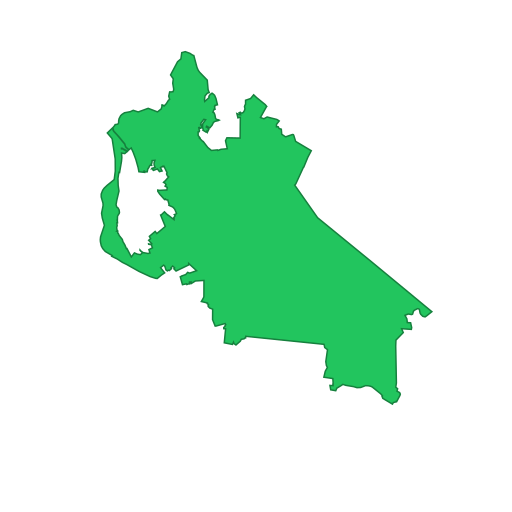 Tīnūžu pag., Ikskiles, Latvia (Mercator projection), rotated 49°
{"feature_id": "27541924B46293961253213", "entity_name": "Tīnūžu pag.", "entity_type": "district", "adm_level": 2, "iso_a3": "LVA", "parent_name": "Latvia", "parent_adm1": "Ikskiles", "projection": "mercator", "projection_center": [24.551, 56.857], "detail": "fine", "context": "isolated", "style": "filled", "palette": "green", "viewbox_px": 512, "rotation_deg": 49, "n_neighbors": 0, "source": "geoboundaries", "source_scale": "gbopen_adm2", "svg_char_len": 6072}
<svg xmlns="http://www.w3.org/2000/svg" viewBox="0 0 512 512"><g transform="rotate(49 256 256)"><path d="M446.7,253.7L457.3,250.2L456.7,248.5L457.9,246.1L457.7,245.6L458.2,245.4L455.7,238.9L454.9,237.7L453.3,237.2L450.5,238.3L449.1,236.2L446.7,236.6L444.0,233.4L415.7,209.7L411.3,205.6L410.4,195.1L406.4,193.8L413.3,186.9L412.2,185.5L407.8,183.1L405.5,185.5L402.5,183.4L398.5,182.5L399.0,181.2L398.9,181.2L399.1,180.5L399.8,179.0L402.2,177.1L402.5,176.5L402.6,175.9L401.2,173.8L400.8,172.4L401.5,169.3L401.9,168.4L402.8,167.8L403.6,167.8L406.7,169.6L408.1,169.9L410.9,169.7L412.0,169.0L412.9,168.3L413.1,166.6L413.4,159.8L336.3,172.6L267.5,184.4L227.9,180.3L227.7,178.7L220.2,162.1L220.3,161.7L215.5,152.1L212.8,145.2L195.5,150.9L189.6,148.3L188.9,148.2L188.2,148.8L185.6,155.2L185.2,155.6L181.0,156.7L176.9,153.7L175.0,154.9L173.0,154.5L171.9,155.8L170.1,154.1L169.3,149.9L168.1,150.2L166.6,150.7L158.4,156.4L157.6,160.0L154.4,161.8L150.2,150.2L150.2,149.8L147.8,149.7L136.9,151.6L132.8,152.0L133.6,156.8L131.6,161.7L134.7,164.4L134.8,165.1L135.7,166.7L137.7,167.8L138.7,169.4L139.3,171.3L139.0,172.8L138.4,173.4L137.2,173.5L136.8,174.7L139.3,175.0L139.0,175.5L136.0,177.0L139.9,179.0L140.5,177.6L141.1,176.9L156.6,190.6L147.7,200.4L149.0,203.4L156.2,207.3L152.4,212.6L151.7,214.8L151.1,215.2L151.2,215.5L150.6,215.5L147.1,220.4L142.4,221.2L134.9,220.7L134.7,221.0L130.0,221.3L130.1,220.8L127.1,220.6L124.4,218.3L124.9,217.5L124.5,216.6L121.5,215.0L121.5,214.8L121.8,214.4L123.1,214.3L123.4,213.8L123.2,213.3L123.6,212.4L122.3,211.8L120.8,211.8L120.6,211.7L120.6,211.1L119.6,210.5L118.6,205.7L120.1,204.6L121.4,209.8L124.0,212.0L126.2,213.1L126.3,213.5L129.8,212.4L129.4,211.0L130.7,211.5L129.5,208.5L127.3,208.4L126.0,208.9L125.7,208.0L129.0,206.9L128.5,203.4L127.4,200.8L127.3,199.7L127.5,198.6L129.0,195.8L129.3,194.7L128.4,195.1L127.2,196.1L125.7,196.3L122.7,194.5L120.6,193.7L119.2,194.2L117.7,191.2L118.3,190.6L116.0,189.2L116.1,188.9L115.4,188.2L116.6,185.9L110.9,182.9L107.5,181.8L104.5,182.2L104.1,182.8L104.2,185.8L104.8,187.0L105.7,187.6L105.7,193.3L104.3,192.4L101.7,189.4L101.2,185.9L102.0,184.1L99.0,183.0L91.3,177.4L80.2,178.0L77.7,177.7L74.9,176.8L63.9,171.4L63.0,172.0L59.7,172.9L55.4,175.3L53.8,178.6L58.0,183.4L57.9,187.7L63.3,201.7L68.0,202.2L71.0,205.5L76.2,208.7L77.6,210.7L76.6,212.3L75.5,213.5L78.1,217.0L81.1,218.4L81.0,219.9L82.2,223.7L82.5,227.0L80.8,227.3L80.3,228.0L81.3,228.7L82.8,231.0L82.6,235.8L73.8,240.5L70.0,250.4L65.5,253.1L64.6,256.2L61.6,261.3L61.2,264.4L61.3,266.1L62.5,269.2L63.7,270.8L65.5,272.5L65.8,273.9L64.4,276.1L64.8,277.1L65.3,279.8L68.2,281.4L75.7,281.2L85.3,281.5L87.5,282.5L89.0,282.7L92.5,282.1L92.6,279.3L97.3,280.7L104.2,283.3L112.0,287.0L115.6,289.1L119.6,285.4L118.4,285.0L118.5,284.6L118.8,284.4L119.6,284.8L121.1,282.9L119.4,280.6L118.9,278.7L118.2,277.3L118.1,276.3L119.7,274.7L118.2,275.9L118.1,275.1L117.7,274.5L117.8,274.4L117.4,273.7L117.5,273.5L115.8,271.8L117.5,269.5L118.8,271.8L120.5,273.2L123.0,274.1L121.5,277.0L121.7,277.6L122.3,276.7L123.3,277.3L124.1,277.3L125.6,273.3L129.0,273.5L130.2,271.1L126.6,270.1L127.1,267.4L127.7,267.6L127.9,266.6L134.9,268.5L135.4,269.7L137.4,270.3L139.0,270.0L139.7,275.2L139.7,276.9L140.1,277.0L140.0,277.4L141.6,276.9L143.2,277.1L143.6,278.8L146.0,278.0L147.7,279.9L143.2,285.7L141.8,286.9L142.8,287.7L146.0,288.1L153.4,288.0L153.6,286.9L154.6,287.0L155.8,285.8L159.9,287.7L160.6,288.5L164.2,286.8L165.7,286.6L167.6,286.7L171.8,288.1L171.8,288.8L171.2,290.5L172.6,290.6L173.1,292.9L173.7,292.9L174.8,294.0L167.0,295.6L167.0,295.8L162.6,296.1L162.8,300.2L162.5,301.1L174.2,305.1L174.0,316.1L171.3,316.0L171.2,323.6L173.8,324.2L173.7,326.7L178.4,326.6L178.7,327.5L176.4,329.1L176.7,329.3L178.9,327.6L181.9,328.8L180.9,332.6L184.2,334.1L183.2,335.9L179.3,339.0L176.8,339.6L175.4,339.6L175.6,339.8L176.8,339.8L179.3,339.3L179.0,340.0L179.2,342.3L176.8,344.3L173.9,345.7L174.9,350.7L165.7,348.5L165.5,349.0L161.6,347.7L157.3,346.9L156.9,346.5L155.7,346.0L150.8,345.8L148.9,345.2L148.0,345.3L146.5,344.0L145.9,344.8L145.6,343.9L144.7,343.6L142.7,342.1L142.2,341.0L139.7,339.3L140.1,338.7L138.1,337.3L137.8,337.3L137.9,337.0L135.3,334.6L134.9,333.9L134.1,331.3L133.5,330.4L131.2,329.0L129.0,328.6L127.8,329.0L125.5,328.0L122.7,324.6L117.1,316.8L112.3,313.7L106.8,309.2L102.9,304.6L103.5,304.2L96.3,295.4L93.7,292.7L90.1,289.9L92.6,287.9L92.6,284.8L87.2,286.6L86.9,287.2L86.4,286.9L86.7,286.4L91.5,284.6L92.7,284.5L92.4,282.4L88.5,282.9L85.3,281.7L73.5,281.4L68.4,281.6L67.3,281.3L65.2,280.0L65.6,287.5L72.9,287.6L73.7,288.0L90.4,298.6L99.6,306.5L105.3,312.9L105.0,321.9L105.2,326.1L105.8,328.6L107.7,332.2L109.9,334.1L115.7,336.8L117.6,338.3L122.4,344.5L126.5,347.1L133.4,350.3L139.6,360.8L141.5,362.8L143.2,364.1L146.8,366.1L149.9,366.8L153.7,366.8L161.4,364.2L161.6,365.1L167.2,362.7L173.2,361.0L177.7,359.1L190.9,354.4L202.1,349.4L207.0,346.4L208.2,345.3L208.3,340.0L208.8,336.0L202.2,335.7L202.3,331.7L203.8,331.5L207.5,333.1L209.1,332.7L209.1,331.5L210.1,331.0L210.1,328.1L209.2,328.0L208.9,325.5L211.6,325.2L211.8,326.4L214.9,326.2L218.6,312.6L217.5,311.7L228.1,310.5L225.4,317.3L223.5,318.3L223.9,321.2L222.3,325.2L222.5,325.3L222.0,326.8L229.4,330.3L231.4,326.7L232.2,326.9L232.7,325.4L233.5,324.4L232.0,323.3L233.0,322.0L233.8,322.9L234.3,323.0L235.1,318.1L240.3,311.3L252.5,322.0L253.1,323.1L254.5,327.1L259.6,323.5L260.0,324.1L261.5,323.7L262.2,324.9L262.9,325.2L265.1,325.0L267.7,323.6L275.5,330.5L282.1,332.8L282.7,332.0L286.7,323.6L288.0,323.9L288.1,324.9L288.8,325.4L288.8,327.2L289.7,328.0L291.0,326.7L300.7,336.9L307.3,331.8L306.3,329.5L307.7,330.1L310.0,329.5L310.0,323.7L309.2,321.8L310.7,319.3L310.6,317.9L311.0,317.6L309.9,316.4L367.3,262.6L370.2,264.2L373.6,263.5L381.5,272.6L384.8,274.7L386.9,275.2L388.4,279.3L392.0,284.3L398.9,278.4L403.2,281.7L403.1,282.0L404.4,282.9L402.2,285.1L406.0,287.4L410.0,284.2L408.8,281.7L409.8,275.8L409.8,274.7L412.5,273.1L418.7,268.0L421.6,266.2L423.9,263.3L425.7,258.4L427.7,256.3L429.6,254.9L431.2,254.2L441.8,252.3L444.4,252.3L444.5,252.9L446.7,253.7Z" fill="#22c55e" stroke="#15803d" stroke-width="1.5"/></g></svg>